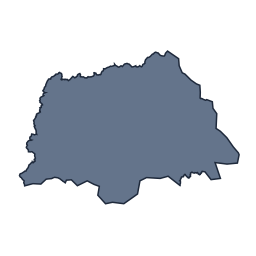 Cagaan-U'ur, Hövsgöl, Mongolia (Mercator projection), rotated 268°
{"feature_id": "93677404B89482084042142", "entity_name": "Cagaan-U'ur", "entity_type": "district", "adm_level": 2, "iso_a3": "MNG", "parent_name": "Mongolia", "parent_adm1": "Hövsgöl", "projection": "mercator", "projection_center": [101.619, 50.905], "detail": "fine", "context": "isolated", "style": "filled", "palette": "slate", "viewbox_px": 256, "rotation_deg": 268, "n_neighbors": 0, "source": "geoboundaries", "source_scale": "gbopen_adm2", "svg_char_len": 5687}
<svg xmlns="http://www.w3.org/2000/svg" viewBox="0 0 256 256"><g transform="rotate(268 128 128)"><path d="M203.5,170.2L201.4,168.1L199.1,167.2L198.7,166.8L198.7,165.6L199.0,164.1L199.4,163.0L199.8,162.5L202.0,160.7L202.0,160.2L202.8,158.4L202.8,158.1L202.5,157.7L202.4,157.1L201.1,156.0L201.0,155.5L201.0,155.0L200.8,154.8L198.7,152.7L197.9,151.4L197.8,151.0L197.9,150.2L197.6,149.7L197.2,149.5L195.6,147.9L193.3,147.1L192.2,147.2L191.9,147.0L191.6,146.6L191.3,145.6L190.9,145.0L189.5,144.5L188.7,143.8L188.8,143.5L189.1,142.7L189.9,141.9L189.0,140.8L188.7,139.6L188.7,139.2L189.0,138.3L189.3,137.9L189.9,137.9L189.1,135.8L188.9,134.4L189.0,133.8L189.9,133.2L191.8,131.4L192.1,130.2L192.6,129.3L192.0,126.7L189.6,124.5L190.3,123.5L190.4,123.2L189.3,121.4L189.2,120.4L189.4,120.2L190.3,119.0L190.9,117.8L192.3,116.8L191.4,116.8L190.9,116.5L190.2,113.9L190.2,113.2L190.4,112.7L189.4,110.8L189.4,110.2L188.9,108.9L188.6,108.5L188.4,108.0L188.0,107.5L188.0,106.2L188.1,105.7L187.3,105.7L186.3,105.3L185.9,105.1L185.6,104.2L184.4,103.4L183.7,103.2L182.7,102.7L182.4,102.7L182.2,102.3L182.4,101.2L182.0,100.6L182.2,98.7L182.4,98.6L182.6,98.2L183.8,97.9L184.0,97.4L184.5,96.1L184.3,95.8L184.1,95.8L183.8,96.2L183.1,96.3L181.4,95.6L180.9,94.9L180.9,94.2L180.5,93.6L180.4,93.1L180.5,92.7L180.3,92.0L180.4,90.9L180.3,90.4L180.7,89.9L180.6,89.7L179.4,88.6L179.6,88.1L179.6,87.3L179.5,86.8L180.6,85.4L180.7,85.1L180.6,84.1L180.8,83.5L180.8,82.5L181.0,82.2L181.4,82.3L181.9,82.2L182.9,82.4L184.1,81.8L184.0,81.3L183.3,79.9L182.8,79.4L182.4,79.2L181.9,79.3L181.6,79.1L181.0,78.0L180.5,77.8L180.4,77.2L180.0,76.6L181.4,74.9L181.5,74.6L178.3,71.6L178.0,70.9L177.6,70.4L177.4,70.0L178.5,69.2L178.8,68.7L178.4,67.8L179.0,66.9L179.0,66.7L178.6,66.4L178.5,66.0L178.8,65.6L179.0,64.3L178.5,63.9L178.4,63.5L178.6,63.0L178.8,62.8L179.1,62.8L179.8,63.4L181.7,63.7L182.3,64.4L182.2,64.1L182.3,63.8L182.7,63.7L183.3,63.8L184.8,63.4L185.1,62.8L185.2,62.2L185.9,61.7L185.7,61.4L185.7,61.0L185.5,60.9L185.4,60.6L184.7,60.2L184.3,59.5L184.4,58.5L184.3,57.7L184.0,57.4L183.4,57.4L183.1,56.4L182.3,55.7L182.0,55.0L181.9,53.9L180.9,52.8L179.6,52.4L179.8,51.8L179.7,51.2L179.8,50.7L179.5,50.2L178.6,49.8L177.9,49.1L177.5,49.0L176.4,48.3L175.5,48.1L174.8,47.6L174.2,47.4L172.4,47.0L171.8,46.1L171.3,45.8L170.3,45.7L169.9,45.3L169.3,45.3L168.5,44.3L168.0,44.3L166.3,45.9L166.2,46.6L165.7,45.3L165.3,44.7L164.9,44.4L163.8,44.3L163.4,44.6L163.3,45.0L163.0,44.8L162.9,44.0L162.5,43.5L162.0,42.2L161.3,41.4L160.8,41.1L160.3,41.1L159.5,41.3L158.3,40.6L157.5,41.2L157.1,41.2L156.6,41.0L156.2,41.7L154.7,43.2L154.1,43.4L154.0,43.2L154.0,42.8L153.6,42.1L151.7,42.1L151.5,41.9L151.7,41.3L151.3,40.6L150.6,40.9L149.8,40.7L149.0,40.3L148.6,40.3L147.9,40.9L147.5,40.9L147.8,40.6L147.8,40.4L147.0,40.1L146.1,39.5L145.8,39.0L145.7,38.0L144.9,37.0L144.5,37.2L144.0,37.2L143.0,36.3L142.8,36.6L142.1,36.4L141.2,35.7L139.7,34.8L139.0,33.9L138.2,34.0L137.3,34.3L135.9,34.3L135.6,34.1L134.1,34.7L133.7,35.2L133.3,35.1L133.0,34.3L132.8,34.3L132.0,34.7L131.3,34.8L131.1,35.1L130.6,35.5L130.0,35.4L129.2,36.0L128.7,36.1L128.3,35.9L127.6,36.2L126.5,36.0L124.9,36.5L125.1,35.9L124.4,34.3L125.2,32.7L125.2,31.9L125.3,31.5L123.5,31.1L122.7,30.5L122.5,29.8L122.1,29.6L120.9,29.5L120.1,29.8L119.6,30.3L119.3,31.3L119.0,30.6L119.0,30.3L119.3,29.9L119.2,29.3L118.7,28.3L118.1,27.4L117.6,27.2L116.6,26.3L115.2,26.2L114.4,26.9L112.8,25.9L112.1,25.7L111.6,25.9L111.1,26.5L110.8,26.6L110.3,27.1L109.4,27.6L107.7,27.7L107.5,29.8L107.7,30.9L107.6,31.3L106.4,32.8L105.3,34.0L103.4,33.7L101.1,34.4L100.3,33.8L100.0,33.3L99.4,33.9L98.0,33.9L97.8,33.5L98.0,32.9L97.3,32.8L96.6,32.1L96.6,31.9L96.9,31.5L97.6,31.1L96.9,30.9L96.5,30.0L95.2,28.8L94.8,28.1L94.6,27.8L92.0,26.9L89.8,25.1L88.7,24.7L88.5,24.4L88.5,23.3L88.2,23.1L86.3,20.0L86.1,18.8L85.6,18.4L84.2,17.9L83.8,18.1L82.7,18.7L82.2,19.6L80.1,20.9L79.3,22.0L78.7,22.4L77.0,21.9L76.3,22.1L75.2,22.6L73.8,22.7L75.7,31.0L75.0,39.0L79.7,44.4L79.9,46.4L80.1,49.9L80.8,51.4L81.3,53.1L81.1,53.8L80.9,55.0L80.7,56.1L80.6,56.4L79.3,58.6L79.0,58.8L78.9,59.0L78.0,60.0L77.7,60.6L77.1,61.0L76.7,61.6L76.6,62.1L76.0,62.6L75.4,63.4L78.0,64.6L78.2,69.6L72.1,75.4L76.6,85.4L72.8,92.1L70.7,97.3L61.9,95.5L53.1,102.9L54.3,109.9L52.5,121.2L61.7,135.2L74.8,138.1L77.8,144.8L76.5,158.4L78.4,166.4L68.7,178.0L68.9,178.1L70.2,178.0L70.6,178.4L72.4,178.6L73.1,178.4L73.4,178.2L73.5,177.9L74.1,178.6L75.2,178.7L75.5,179.0L75.8,179.3L76.7,179.5L77.1,179.7L77.3,180.2L77.2,180.7L77.4,181.7L77.9,181.7L78.0,182.0L78.9,182.3L79.1,182.8L79.6,183.1L79.5,183.4L79.5,183.6L79.1,183.6L78.6,184.1L78.1,184.4L77.6,185.0L77.2,185.2L77.0,185.6L76.6,185.8L76.3,186.1L75.9,186.7L75.9,186.9L76.5,186.9L76.6,187.1L76.3,187.4L76.3,187.6L76.6,187.7L76.8,187.9L77.1,187.9L77.3,188.3L77.3,188.7L77.5,188.8L77.9,188.6L78.4,188.8L78.7,188.5L79.0,188.4L79.7,188.7L79.8,189.1L80.5,189.1L80.9,189.0L81.3,189.7L81.5,189.9L81.6,190.4L81.4,190.6L81.3,191.0L80.9,191.4L80.8,192.1L80.7,192.3L80.7,192.6L80.6,192.8L80.7,193.1L81.1,193.4L80.8,194.3L80.9,195.0L80.6,195.1L80.6,195.3L80.7,195.6L80.9,195.8L80.7,195.9L80.3,196.5L79.6,196.6L79.5,196.8L79.4,197.1L78.8,197.8L79.1,198.6L79.6,198.6L79.9,199.1L80.3,199.2L80.4,199.8L80.6,199.9L80.8,199.8L81.4,200.3L81.7,200.3L82.1,200.6L81.5,203.4L73.5,209.2L74.4,218.6L90.4,213.8L88.5,225.7L89.1,236.1L97.4,238.1L99.3,237.4L105.5,232.5L114.9,226.4L121.5,220.2L124.5,216.0L139.2,217.2L144.7,213.6L151.3,213.2L153.6,207.7L153.6,207.4L153.1,206.9L153.0,206.3L153.4,205.7L154.0,204.2L154.5,203.6L154.7,203.0L155.0,202.6L154.8,201.8L154.9,201.5L155.4,201.1L161.1,201.5L168.2,201.3L169.7,197.9L173.7,192.6L179.9,186.8L181.3,184.1L188.4,181.3L195.5,181.0L203.5,170.2Z" fill="#64748b" stroke="#1e293b" stroke-width="1.5"/></g></svg>